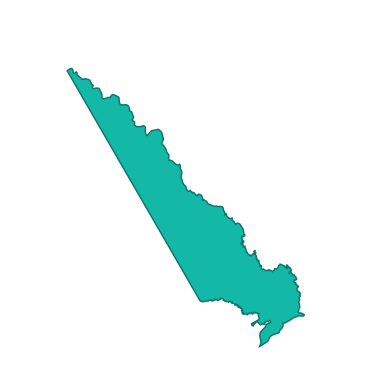 Alenquer, Pará, Brazil (orthographic projection), rotated 330°
{"feature_id": "56859067B11405139062932", "entity_name": "Alenquer", "entity_type": "district", "adm_level": 2, "iso_a3": "BRA", "parent_name": "Brazil", "parent_adm1": "Pará", "projection": "orthographic", "projection_center": [-54.835, -0.309], "detail": "fine", "context": "isolated", "style": "filled", "palette": "teal", "viewbox_px": 384, "rotation_deg": 330, "n_neighbors": 0, "source": "geoboundaries", "source_scale": "gbopen_adm2", "svg_char_len": 6090}
<svg xmlns="http://www.w3.org/2000/svg" viewBox="0 0 384 384"><g transform="rotate(330 192 192)"><path d="M194.2,130.6L194.0,129.9L194.6,128.8L194.7,127.7L195.6,125.1L194.4,121.2L193.6,120.6L191.9,120.4L191.2,119.9L187.5,118.7L181.7,120.7L181.1,120.6L180.8,120.1L181.1,118.3L181.8,116.3L183.6,113.3L183.9,112.4L183.8,111.3L183.3,110.5L182.7,110.1L180.8,109.9L178.7,109.1L176.7,107.5L175.7,105.6L175.8,105.2L177.3,102.7L176.3,100.7L176.3,99.9L176.5,99.5L178.6,98.3L178.9,97.2L179.7,92.5L178.6,90.6L179.4,89.1L179.9,86.7L179.7,85.1L179.3,84.2L178.2,83.3L175.7,82.1L173.8,80.6L173.7,78.4L175.9,73.8L175.9,73.2L174.2,70.4L172.5,68.3L170.9,67.9L168.7,69.1L166.5,68.2L163.2,67.6L161.6,66.9L161.1,65.3L162.8,62.5L163.4,56.1L162.5,55.0L161.9,54.6L158.3,53.1L157.8,52.1L158.1,51.3L159.3,50.7L159.8,50.0L159.3,49.0L159.1,48.1L159.3,47.1L159.0,45.9L159.5,44.3L158.5,42.8L156.1,40.5L153.6,39.6L153.1,39.1L152.2,36.0L151.7,34.7L151.0,34.0L150.9,33.2L151.6,32.3L152.0,31.0L151.7,30.1L149.8,30.4L149.0,30.2L148.7,29.2L149.9,26.6L149.7,25.2L149.2,24.7L147.7,24.3L144.5,24.7L144.6,290.5L146.0,292.1L146.7,292.5L150.1,293.7L151.4,294.6L153.2,294.3L153.9,295.0L154.1,294.9L154.5,296.0L154.9,296.0L155.2,296.4L155.6,296.3L156.1,296.8L157.8,296.2L158.2,296.7L158.0,297.0L159.7,297.6L159.9,298.7L161.8,299.0L162.4,298.7L162.8,298.9L163.3,298.1L164.1,298.6L164.2,299.1L164.5,299.2L165.3,299.9L165.5,300.8L165.1,301.4L165.9,302.0L165.6,303.2L165.9,302.7L166.7,303.2L166.9,303.5L166.8,303.8L167.8,304.5L168.5,305.5L168.8,305.0L169.2,305.0L169.9,305.9L170.3,305.9L171.1,307.0L170.7,307.3L171.0,307.8L171.5,307.7L171.2,308.3L171.6,308.3L171.9,309.2L172.7,309.8L173.2,310.7L172.6,311.2L172.7,311.5L174.5,311.6L174.7,312.0L174.2,312.8L175.1,313.1L174.6,313.5L175.2,314.1L174.5,314.9L174.9,315.4L175.1,315.0L175.5,315.1L175.8,316.1L176.1,315.8L176.5,316.7L176.3,317.0L176.6,317.0L176.9,318.2L176.5,318.7L175.8,318.5L176.4,319.1L175.7,319.4L176.0,319.9L176.3,319.9L176.3,320.2L175.2,320.7L175.4,321.2L176.0,321.1L176.2,321.6L175.3,322.0L175.5,322.4L176.0,322.4L175.9,322.7L175.0,322.8L175.5,323.7L176.2,323.9L176.9,323.6L177.2,324.2L178.1,324.4L178.4,325.0L178.1,325.4L178.2,325.8L178.6,325.9L179.3,325.3L180.3,326.0L181.4,325.5L181.7,326.1L183.2,326.5L183.2,327.8L184.1,327.7L184.6,327.9L185.5,327.4L186.4,327.9L186.9,328.8L187.6,328.8L188.0,329.3L188.0,330.1L188.3,330.3L188.6,330.1L189.0,330.2L189.2,330.5L187.7,332.2L187.1,335.0L186.6,335.6L185.4,335.9L177.7,336.0L177.5,336.9L178.2,337.1L177.5,337.6L177.4,338.0L178.2,338.5L178.9,337.3L179.4,337.6L179.6,337.3L180.3,337.4L180.7,337.1L181.4,337.3L182.8,336.5L183.2,336.6L183.8,337.5L184.9,341.3L187.2,341.3L188.0,342.7L188.4,342.9L188.7,342.8L188.8,341.8L189.1,341.6L190.0,342.0L190.5,341.3L191.8,341.7L193.1,341.5L193.5,342.4L195.1,342.1L195.3,342.9L194.7,344.3L190.5,343.9L189.6,344.3L189.2,344.9L187.8,345.6L182.2,347.3L180.5,348.2L178.7,350.7L177.1,355.4L176.4,356.7L175.9,357.4L173.2,359.6L173.9,359.7L182.8,359.2L187.2,356.5L188.8,356.1L191.9,356.2L196.0,357.4L197.3,357.2L198.7,355.8L200.9,355.3L203.0,354.2L203.9,353.4L205.2,351.1L207.1,351.8L208.7,352.0L218.0,351.7L222.7,352.7L226.4,355.1L227.8,354.7L227.7,354.0L226.0,351.3L224.0,350.2L223.7,349.5L224.1,348.7L225.3,347.9L225.9,346.6L227.4,346.1L227.7,345.7L229.1,342.4L229.3,341.2L229.1,340.8L231.0,339.4L231.8,338.0L231.6,337.6L231.9,337.1L232.7,336.4L233.9,336.2L234.2,334.7L235.0,334.2L235.1,333.6L234.7,332.9L234.8,332.1L233.9,330.5L234.2,328.6L235.1,327.6L236.6,327.3L236.9,326.5L235.9,324.3L235.2,323.8L235.6,323.3L236.4,323.1L236.5,322.8L236.2,321.8L235.1,320.6L235.6,319.9L236.4,319.6L238.7,320.1L239.3,319.4L239.0,318.4L239.5,317.5L239.1,317.0L238.8,314.8L237.5,314.5L237.5,314.2L238.0,313.6L237.5,312.0L236.7,311.2L235.6,311.2L236.1,309.9L236.5,309.7L237.1,310.3L237.9,310.5L238.1,309.4L238.8,309.4L238.9,309.1L238.9,308.3L239.1,308.1L238.7,307.4L239.1,306.6L238.0,304.7L237.9,304.1L238.1,303.5L237.9,302.9L237.2,302.7L236.7,303.2L236.9,305.2L236.5,305.9L236.1,305.9L235.7,305.5L235.7,304.5L234.9,303.9L235.1,302.5L234.8,301.9L232.3,298.6L232.0,299.0L230.6,298.9L228.8,300.3L226.7,301.1L225.2,299.6L224.6,300.5L222.0,301.3L221.2,299.8L220.1,298.7L220.2,298.1L219.9,297.8L219.0,297.6L218.6,297.9L218.1,297.9L216.9,297.2L215.9,295.8L215.4,294.5L214.1,294.2L213.9,293.6L213.9,292.8L214.5,292.2L215.1,290.6L213.7,290.0L214.5,289.2L214.6,287.0L214.9,286.0L215.7,284.9L215.5,284.5L215.1,284.4L214.3,284.5L214.2,283.7L215.1,282.1L214.7,281.3L215.7,279.4L215.5,278.0L215.7,277.5L216.8,276.7L216.2,275.5L217.3,274.7L217.2,274.3L216.6,274.1L215.7,274.7L215.7,275.6L214.5,276.6L213.6,276.1L211.4,276.9L211.1,276.8L210.8,275.9L210.5,276.1L210.2,275.9L210.2,275.3L209.5,274.1L209.5,271.4L209.0,270.8L210.1,268.5L210.3,266.4L210.8,265.6L210.4,265.4L209.6,265.7L209.0,265.2L209.6,264.5L209.9,262.7L209.7,262.5L208.7,262.3L208.7,261.6L209.1,260.6L211.0,261.5L211.7,261.2L212.2,260.3L211.8,259.7L210.8,259.8L210.9,258.9L211.0,258.5L211.4,258.7L212.2,258.0L211.8,257.5L211.7,256.9L212.4,256.1L212.9,256.2L213.2,256.0L213.4,255.1L213.8,255.3L213.9,256.2L214.9,255.9L215.6,256.4L216.2,255.7L216.3,255.0L215.7,254.4L216.5,253.1L217.7,249.7L217.4,243.7L216.7,242.5L216.0,241.8L215.3,241.6L214.1,241.8L213.6,241.5L213.5,238.2L212.7,236.3L213.6,235.4L213.7,234.6L211.9,234.1L210.9,233.1L210.1,230.4L210.6,227.7L210.4,227.4L209.2,227.9L209.9,226.2L210.4,222.5L211.0,221.4L210.9,220.2L209.4,218.6L207.3,217.8L206.5,216.7L205.8,216.5L203.9,215.2L200.4,211.0L200.0,210.2L199.9,207.5L198.8,205.5L198.4,204.1L198.0,204.0L197.4,204.7L197.0,204.6L198.5,200.7L198.2,198.7L196.8,197.3L196.0,197.2L195.1,197.9L194.6,197.9L193.9,196.9L193.3,193.5L191.8,192.1L191.2,189.7L189.8,189.9L189.2,189.7L188.5,187.1L189.4,184.3L189.3,183.2L188.8,182.6L188.6,179.1L189.4,176.7L189.9,173.0L190.8,173.0L191.2,172.0L191.9,171.4L193.5,169.0L193.5,165.7L194.5,164.5L195.2,162.2L195.1,161.7L193.7,161.7L192.6,161.1L191.7,159.7L190.5,155.4L189.1,153.5L187.9,152.9L188.5,151.4L190.5,148.3L190.0,145.1L190.8,142.0L190.7,138.6L190.1,135.5L190.4,134.5L191.0,134.0L193.2,132.5L194.2,130.6Z" fill="#14b8a6" stroke="#0f766e" stroke-width="1.5"/></g></svg>